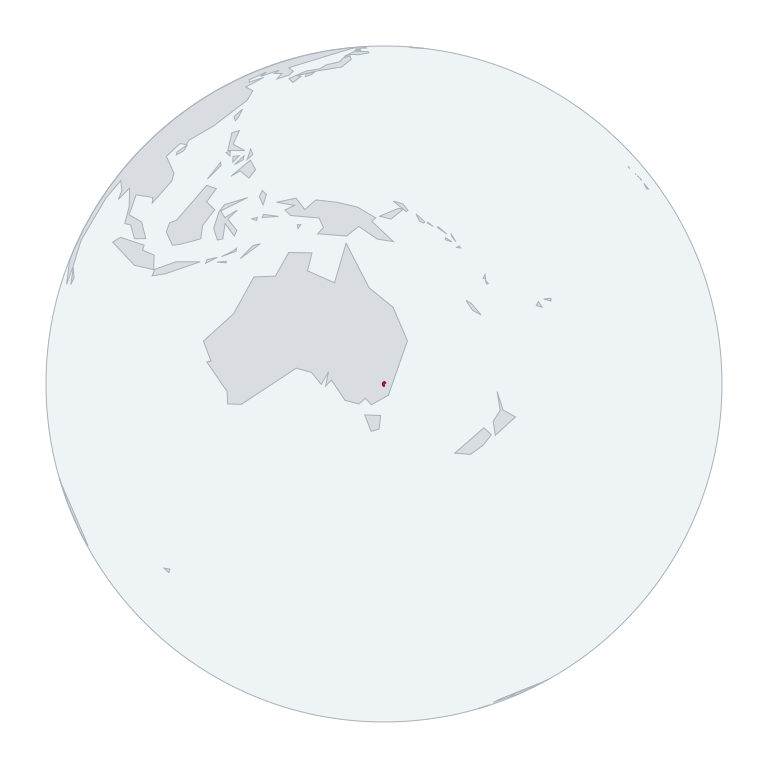 Australian Capital Territory highlighted on a globe, orthographic projection
{"feature_id": "AUS-2653", "entity_name": "Australian Capital Territory", "entity_type": "Territory", "adm_level": 1, "iso_a3": "AUS", "parent_name": "Australia", "parent_adm1": "", "projection": "orthographic", "projection_center": [149.061, -35.53], "detail": "fine", "context": "on_globe", "style": "filled", "palette": "rose", "viewbox_px": 768, "rotation_deg": 0, "n_neighbors": 0, "source": "natural_earth", "source_scale": "10m", "svg_char_len": 5683}
<svg xmlns="http://www.w3.org/2000/svg" viewBox="0 0 768 768"><circle cx="384" cy="384" r="338" fill="#eef3f6" stroke="#a8b0b8"/><path d="M550.9,298.3L551.0,300.8L550.5,300.9L550.9,298.3ZM514.1,695.9L516.3,694.6L508.8,697.3L512.7,695.5L514.8,694.2L512.4,694.7L527.7,687.9L540.9,682.7L541.9,682.7L547.2,679.8L548.3,679.3L514.1,695.9ZM646.7,189.0L643.9,183.3L648.5,189.0L646.7,189.0ZM640.3,178.5L641.6,180.7L640.1,178.6L640.3,178.5ZM637.8,176.1L639.6,177.8L637.8,176.3L637.8,176.1ZM634.8,173.5L636.3,174.6L634.8,173.5ZM629.3,168.0L627.9,166.5L629.1,167.0L629.3,168.0ZM499.4,699.3L525.1,688.9L511.9,694.7L509.4,696.9L493.5,702.4L499.4,699.3ZM481.8,707.4L478.8,708.4L482.7,707.1L489.2,705.0L482.5,707.2L481.8,707.4ZM424.1,48.5L412.6,47.8L409.0,47.0L424.1,48.5ZM352.7,47.5L356.3,47.4L340.1,51.9L288.7,67.7L293.2,71.2L289.6,74.9L276.9,79.0L281.9,73.5L274.4,73.5L279.1,70.3L260.5,76.4L266.5,72.1L249.1,79.8L249.3,82.0L263.5,77.5L245.8,87.0L252.8,90.8L247.1,100.3L213.5,126.0L189.1,140.1L186.3,144.5L180.0,143.6L166.4,156.3L173.9,173.2L171.9,180.8L152.3,203.0L152.8,197.4L136.1,194.8L129.1,214.8L141.6,222.0L145.8,238.6L134.5,238.7L130.7,225.0L124.8,223.5L129.2,206.5L129.6,188.0L118.4,199.4L121.9,190.4L120.8,180.7L106.2,197.7L81.1,240.2L73.2,266.0L66.6,284.3L69.5,261.1L73.5,250.6L83.8,228.8L95.7,207.7L109.0,187.6L123.7,168.5L139.8,150.4L157.1,133.6L175.6,118.0L195.1,103.8L215.6,91.0L236.9,79.8L259.0,70.0L281.8,61.9L305.0,55.4L328.7,50.6L352.7,47.5ZM163.9,568.1L169.7,569.1L168.9,572.6L163.9,568.1ZM59.2,477.4L61.6,484.5L84.3,536.9L88.2,546.3L82.7,536.9L78.9,529.4L68.0,503.8L59.2,477.4ZM216.9,262.1L226.3,261.3L226.1,262.8L216.9,262.1ZM207.0,259.7L217.3,257.4L205.6,263.3L207.0,259.7ZM221.4,256.6L232.0,251.5L236.5,248.2L236.0,251.3L221.4,256.6ZM200.2,261.8L165.3,273.8L152.2,275.8L154.7,269.4L175.9,261.8L200.2,261.8ZM153.7,269.7L134.5,265.3L112.7,242.2L120.4,237.3L144.1,245.2L142.5,250.1L154.1,255.2L153.7,269.7ZM202.5,225.6L200.8,238.8L181.0,244.1L172.4,245.3L166.3,231.8L169.7,222.7L176.6,220.2L206.6,185.4L216.4,188.6L206.5,201.8L214.7,209.7L202.5,225.6ZM73.3,267.5L74.0,278.0L70.8,284.5L73.3,267.5ZM221.1,165.4L207.4,179.0L220.6,162.3L221.1,165.4ZM230.3,151.3L230.0,156.1L226.0,152.5L230.3,151.3ZM183.7,150.8L176.3,154.9L177.2,151.8L187.4,144.8L183.7,150.8ZM242.6,109.1L238.3,117.5L235.4,120.8L234.0,116.6L242.6,109.1ZM483.9,427.8L491.3,434.7L483.2,445.2L470.4,454.4L454.8,453.1L483.9,427.8ZM371.1,431.3L364.7,414.9L380.6,415.5L379.1,429.2L371.1,431.3ZM493.2,421.4L500.2,410.3L497.1,391.6L503.1,410.1L515.5,416.9L495.3,435.3L493.2,421.4ZM296.2,368.2L241.4,404.3L227.6,404.0L227.2,391.6L206.8,361.9L211.0,361.3L203.5,341.1L233.6,313.7L254.0,276.9L275.4,276.1L288.7,252.5L312.0,252.9L307.5,270.8L334.5,282.8L346.1,243.2L369.1,287.8L393.1,307.3L407.4,340.9L388.4,395.2L371.4,404.8L365.3,398.3L359.0,404.0L345.0,400.3L331.5,380.1L325.5,386.1L328.6,371.7L321.3,384.4L311.4,372.3L296.2,368.2ZM466.0,300.4L471.0,303.2L481.0,314.8L472.7,310.5L466.0,300.4ZM538.4,301.6L542.1,307.2L536.3,305.5L538.4,301.6ZM550.5,300.9L543.6,299.0L550.9,298.3L550.5,300.9ZM485.3,279.8L488.3,283.7L486.5,284.0L485.3,279.8ZM483.1,278.2L485.1,274.5L485.6,279.1L483.1,278.2ZM456.6,247.4L459.1,245.9L460.6,248.0L456.6,247.4ZM240.3,258.6L252.8,245.7L260.3,243.7L240.3,258.6ZM452.0,241.8L445.2,239.7L445.6,237.7L452.0,241.8ZM451.9,236.7L450.8,233.4L455.9,241.8L451.9,236.7ZM438.2,226.8L446.9,234.1L437.3,227.3L438.2,226.8ZM433.4,226.5L427.4,223.0L427.7,222.2L433.4,226.5ZM371.8,221.3L393.4,241.6L377.3,239.1L358.8,226.4L346.6,236.0L317.7,233.8L323.5,227.5L319.0,218.0L290.7,215.5L284.9,210.0L294.5,205.4L276.6,202.3L296.1,198.1L304.7,209.6L316.0,199.9L336.7,202.2L357.7,207.2L375.7,217.9L371.8,221.3ZM297.3,224.8L300.8,224.6L298.0,228.6L297.3,224.8ZM416.0,213.9L424.7,221.7L423.8,223.1L419.7,221.3L416.0,213.9ZM379.6,216.2L398.6,208.3L403.3,209.2L390.9,219.1L379.6,216.2ZM393.4,201.1L402.7,203.8L408.0,210.3L406.1,211.6L393.4,201.1ZM257.3,217.3L256.7,220.7L251.8,218.9L257.3,217.3ZM263.5,214.4L278.5,216.4L262.2,217.5L263.5,214.4ZM220.8,210.9L224.8,217.6L237.4,210.0L227.8,219.1L236.9,230.4L234.3,236.0L225.1,223.5L222.8,238.9L217.3,240.0L213.7,228.1L219.0,211.9L224.5,204.7L247.6,197.6L220.8,210.9ZM263.1,205.0L259.3,196.7L262.3,190.5L266.4,194.5L263.1,205.0ZM249.0,178.2L240.1,170.9L231.1,176.2L250.4,160.1L255.6,169.6L249.0,178.2ZM243.1,159.9L234.4,164.7L244.0,155.8L243.1,159.9ZM232.8,162.2L233.0,156.4L239.2,155.8L232.8,162.2ZM247.3,159.4L250.7,149.0L252.9,154.3L247.3,159.4ZM233.1,144.2L244.7,150.6L227.8,150.5L231.9,132.8L239.4,130.6L233.1,144.2ZM305.4,76.6L306.2,73.7L314.3,72.2L311.5,74.6L305.4,76.6ZM341.7,67.0L316.8,71.0L297.0,75.7L301.0,76.4L292.7,82.5L289.0,78.5L306.1,71.1L320.3,68.7L326.6,64.7L339.6,61.8L343.1,57.9L350.1,56.2L351.3,59.2L341.7,67.0ZM344.0,56.5L354.8,51.2L368.2,51.6L368.9,52.8L358.3,54.8L351.8,54.4L344.0,56.5ZM362.1,46.8L367.0,48.0L361.4,48.1L358.3,49.2L361.3,50.3L355.2,50.1L358.1,47.1L361.8,46.8L362.1,46.8Z" fill="#d9dde1" stroke="#a8b0b8" stroke-width="1"/><path d="M384.3,381.7L384.6,381.9L384.6,382.0L384.8,382.2L384.9,382.3L384.9,382.5L385.2,382.6L385.3,382.6L385.6,382.8L385.5,383.0L385.4,383.0L385.0,382.9L385.0,383.0L384.9,383.0L384.7,383.1L384.5,383.3L384.4,383.4L384.4,383.5L384.4,383.8L384.4,384.0L384.3,384.3L384.2,384.4L384.1,384.5L384.2,384.9L384.2,385.1L384.2,385.4L384.2,385.5L384.2,385.8L384.2,386.0L384.0,386.3L383.9,386.3L383.7,386.2L383.4,386.1L383.3,385.8L383.2,385.7L383.2,385.4L383.2,385.2L383.0,385.3L382.9,385.3L382.7,385.1L382.7,384.9L382.6,384.7L382.7,384.4L382.6,384.1L382.6,383.9L382.7,383.5L382.7,383.4L382.8,383.2L382.7,383.0L382.8,382.9L382.9,382.7L383.4,382.3L384.2,381.7L384.3,381.7Z" fill="#f43f5e" stroke="#9f1239" stroke-width="1.5"/></svg>